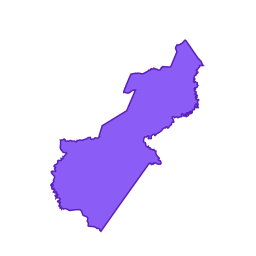 the district of Arizona, Atlántida, Honduras, rotated 36°
{"feature_id": "27666195B1306465468635", "entity_name": "Arizona", "entity_type": "district", "adm_level": 2, "iso_a3": "HND", "parent_name": "Honduras", "parent_adm1": "Atlántida", "projection": "orthographic", "projection_center": [-87.352, 15.642], "detail": "fine", "context": "isolated", "style": "filled", "palette": "violet", "viewbox_px": 256, "rotation_deg": 36, "n_neighbors": 0, "source": "geoboundaries", "source_scale": "gbopen_adm2", "svg_char_len": 5854}
<svg xmlns="http://www.w3.org/2000/svg" viewBox="0 0 256 256"><g transform="rotate(36 128 128)"><path d="M149.1,31.9L148.5,31.3L143.1,30.2L123.6,23.3L122.8,23.3L122.3,23.7L122.1,27.4L121.2,28.8L121.0,30.0L118.7,32.3L119.2,32.8L119.0,34.4L119.9,35.9L120.9,36.2L121.5,36.9L122.6,37.5L122.9,37.9L126.5,53.1L126.4,53.6L125.0,54.9L123.6,55.6L122.4,56.5L120.8,57.3L120.4,57.9L119.8,58.1L119.8,58.4L120.1,58.9L119.5,59.6L119.8,60.1L119.7,61.1L119.9,61.8L119.6,62.5L118.0,63.5L117.1,63.4L114.5,64.5L113.7,64.4L113.7,65.2L112.8,66.2L112.5,66.4L112.1,66.2L111.9,66.3L111.8,66.6L112.0,67.1L111.9,68.2L110.8,69.0L110.7,70.2L110.2,71.5L108.1,75.6L104.0,77.6L102.8,78.8L101.8,79.3L101.2,80.1L98.7,82.7L101.5,95.0L102.1,96.3L102.0,97.6L102.4,98.2L103.1,100.8L103.7,101.8L104.4,101.1L106.1,100.5L107.8,99.5L108.8,97.7L109.0,96.2L109.5,95.1L111.7,92.9L116.8,114.8L105.8,141.3L109.0,150.6L109.5,151.5L110.2,151.8L109.8,152.3L109.4,154.1L108.8,154.6L107.1,155.3L106.8,157.0L105.8,157.8L105.2,158.7L104.4,158.8L103.1,157.7L101.5,159.1L100.8,161.1L98.0,165.0L96.1,166.0L95.5,166.8L94.1,168.1L94.6,169.0L94.3,169.6L93.8,169.9L92.9,169.9L92.4,170.0L90.2,171.6L88.9,171.8L87.3,173.9L86.5,174.1L85.3,175.3L84.5,175.3L83.9,174.4L83.1,174.3L82.7,174.7L82.0,176.3L80.4,177.5L81.3,177.9L81.7,179.1L82.8,180.4L84.5,183.5L86.4,185.0L87.2,184.9L88.9,185.6L89.9,185.8L90.8,185.5L92.6,184.2L92.8,184.3L93.3,184.8L93.0,187.7L93.1,188.5L92.1,189.3L93.3,190.8L93.4,191.3L93.1,191.8L91.9,191.8L91.7,191.9L92.9,193.0L93.1,193.5L92.4,194.1L90.8,195.0L90.4,195.5L90.5,196.0L91.3,196.9L91.5,197.4L91.5,199.0L90.5,201.0L90.5,201.9L90.6,202.4L90.9,202.6L92.6,202.6L92.7,202.8L92.4,203.7L92.5,204.0L93.1,204.5L94.3,204.9L94.9,205.6L94.8,205.9L94.1,206.0L93.3,206.7L92.6,207.0L92.3,207.8L91.6,208.1L91.7,208.5L92.6,209.3L93.7,209.7L96.5,210.1L97.7,211.1L98.3,214.0L99.3,214.9L99.6,215.3L99.3,216.8L99.5,217.5L99.1,218.0L99.0,219.4L99.6,219.9L99.8,219.8L100.1,219.4L100.3,218.4L100.7,218.1L101.0,218.1L101.4,219.1L101.0,220.3L101.2,220.9L101.9,221.6L102.5,222.0L102.9,221.9L103.1,221.0L103.7,220.5L104.3,221.3L105.3,221.2L105.4,221.6L105.0,222.9L105.3,223.7L106.1,223.2L107.1,223.4L106.8,222.6L107.4,221.8L108.4,222.3L108.8,223.0L110.6,223.3L110.7,224.0L109.3,224.3L108.7,225.5L109.0,225.7L109.8,225.8L110.1,225.3L110.9,224.9L111.1,225.5L110.7,225.9L110.6,226.5L111.0,227.2L111.2,226.2L112.1,226.0L113.1,225.1L113.9,225.0L114.9,225.4L115.2,225.7L115.2,226.1L114.9,226.9L114.1,227.8L114.3,228.9L114.6,228.9L114.9,228.4L115.2,228.8L116.5,227.8L116.9,227.8L117.3,228.7L116.6,229.2L117.3,229.6L117.8,230.4L117.7,231.0L118.1,231.2L118.1,231.5L118.3,231.7L119.2,230.8L120.2,231.3L120.3,231.6L119.8,232.2L120.1,232.6L120.7,232.0L121.9,232.7L121.8,232.1L122.2,231.5L122.7,231.3L123.5,231.5L124.0,230.6L125.2,229.8L127.2,229.3L128.7,229.3L129.2,229.1L133.9,224.7L136.4,222.8L137.6,222.2L139.4,222.7L142.7,224.9L143.8,224.9L146.5,224.1L147.4,224.2L148.3,224.5L148.8,225.0L149.7,227.3L151.6,228.0L152.5,229.2L153.0,230.3L153.4,230.6L154.2,230.4L156.5,229.0L159.1,227.6L160.0,227.4L161.9,227.5L163.4,226.4L164.0,226.4L165.2,227.2L166.8,227.5L166.4,200.4L165.9,144.7L166.3,144.3L166.4,143.4L166.7,143.1L167.6,143.3L168.2,143.9L168.6,143.7L169.0,143.2L169.0,142.6L169.8,142.2L169.3,141.2L170.1,141.1L170.5,140.2L171.3,140.0L172.7,139.9L173.6,139.5L175.5,138.2L175.6,137.5L175.1,136.6L173.2,135.5L171.8,136.0L171.3,135.9L171.0,135.5L171.2,134.3L171.0,134.0L168.3,133.5L165.5,132.4L164.2,130.3L163.6,130.6L162.9,130.4L162.0,130.6L161.6,130.2L161.4,130.5L161.0,130.8L161.0,131.1L159.2,131.4L159.1,131.7L158.3,132.0L157.9,131.9L157.8,131.3L157.6,131.1L156.5,131.4L156.1,131.8L155.8,131.9L155.2,130.9L154.7,131.9L152.8,131.9L152.3,131.4L151.9,130.6L151.1,130.1L150.4,129.8L149.7,130.1L149.1,130.1L147.7,128.8L147.0,126.9L146.8,125.6L147.1,125.1L148.1,124.4L148.6,123.5L148.7,122.6L149.3,122.2L149.7,122.2L149.9,122.5L150.4,124.4L150.7,124.7L152.9,123.1L153.0,122.8L152.8,122.4L151.4,120.8L151.9,119.0L152.4,118.1L152.8,117.7L153.4,117.7L154.1,118.3L154.5,118.0L154.6,115.5L155.6,113.9L156.7,110.5L156.7,108.0L157.0,107.2L157.3,106.6L158.3,106.0L158.1,104.9L158.3,104.5L158.9,104.2L160.0,104.7L160.7,104.0L160.5,102.1L161.1,99.8L160.4,98.3L160.3,97.6L160.4,97.1L161.4,96.6L161.6,96.2L159.3,94.5L157.8,93.9L157.5,93.2L157.5,92.4L157.9,92.2L159.5,92.3L159.9,91.7L160.2,90.7L160.5,90.4L162.3,90.4L163.7,88.1L164.7,87.4L164.8,86.6L163.7,86.1L163.3,85.5L163.2,85.0L163.4,84.5L164.2,84.4L165.3,84.9L165.9,85.5L166.4,85.5L166.7,84.8L165.9,83.8L166.3,83.2L166.9,82.9L167.3,83.2L167.6,84.4L168.2,84.7L168.5,84.6L169.4,82.2L169.3,81.2L168.4,81.2L167.1,82.0L166.6,81.8L166.5,81.3L167.7,80.3L168.2,79.5L168.5,78.1L168.8,77.8L169.4,77.7L169.6,77.9L168.9,79.1L169.2,79.8L169.9,79.8L170.8,78.9L170.8,77.5L169.7,76.2L169.5,75.7L169.7,75.2L170.7,74.5L170.8,73.8L170.7,73.5L169.8,72.6L169.7,72.1L170.1,71.5L171.3,71.5L171.7,70.6L172.7,70.5L172.9,70.2L172.6,69.9L171.6,70.1L169.8,71.1L169.2,71.1L168.7,69.1L168.8,68.6L169.5,68.6L170.8,69.4L171.3,69.4L171.5,69.2L170.8,67.6L169.4,66.7L168.7,65.8L168.7,63.7L168.2,63.6L166.9,64.6L166.1,64.8L165.7,64.2L165.9,62.7L165.6,62.2L165.2,62.1L164.9,62.3L164.8,63.5L164.5,63.6L164.3,63.3L164.2,62.1L165.0,61.4L165.0,61.0L164.7,60.9L163.8,61.1L162.0,61.3L162.0,60.8L162.8,60.1L161.9,58.8L160.4,59.0L159.7,58.6L159.8,57.9L158.5,57.4L158.6,57.0L159.5,56.7L158.7,55.9L159.9,54.7L159.6,53.5L159.6,52.4L158.2,51.9L157.5,50.8L157.1,50.6L156.5,51.0L155.8,51.1L154.6,50.9L154.7,52.0L154.0,52.1L153.8,51.9L154.0,51.0L153.0,50.6L152.6,50.1L153.3,49.4L153.4,49.1L153.0,48.9L151.8,48.9L151.3,46.5L151.3,45.9L151.9,45.3L151.8,44.5L151.3,44.3L151.4,43.8L151.0,43.4L151.3,42.8L152.0,42.7L151.9,42.1L151.6,41.7L150.7,41.8L149.9,40.9L149.2,41.0L149.9,38.7L149.7,37.8L150.0,36.6L149.8,36.1L149.2,35.3L150.8,34.3L152.1,33.2L151.0,32.9L149.6,32.2L149.1,31.9Z" fill="#8b5cf6" stroke="#5b21b6" stroke-width="1.5"/></g></svg>